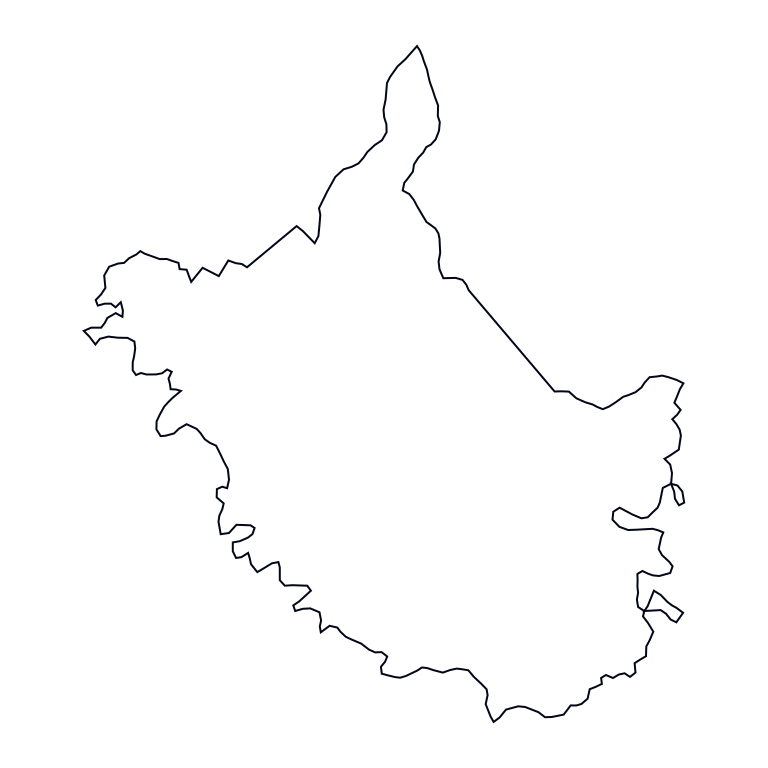 Cornélio Procópio, Paraná, Brazil (Mercator projection)
{"feature_id": "56859067B97278416412710", "entity_name": "Cornélio Procópio", "entity_type": "district", "adm_level": 2, "iso_a3": "BRA", "parent_name": "Brazil", "parent_adm1": "Paraná", "projection": "mercator", "projection_center": [-50.624, -23.195], "detail": "fine", "context": "isolated", "style": "outline", "palette": "ink", "viewbox_px": 768, "rotation_deg": 0, "n_neighbors": 0, "source": "geoboundaries", "source_scale": "gbopen_adm2", "svg_char_len": 4224}
<svg xmlns="http://www.w3.org/2000/svg" viewBox="0 0 768 768"><path d="M683.4,383.3L676.8,380.0L668.5,377.2L662.3,375.6L656.6,376.5L649.6,377.2L644.7,382.5L641.5,387.4L635.5,392.2L628.4,395.1L623.2,396.8L615.8,402.2L609.0,406.6L602.8,409.2L597.1,406.9L592.7,404.5L585.1,402.2L576.4,398.3L568.9,391.6L561.3,391.3L554.6,391.5L468.7,290.2L466.3,284.7L462.5,279.9L455.7,277.9L443.3,278.2L439.5,269.3L438.6,261.6L440.2,252.9L439.8,245.2L439.5,238.7L438.4,233.4L435.4,228.5L431.0,225.2L426.5,222.0L422.4,215.2L417.0,206.0L413.7,199.8L409.2,194.0L402.7,190.5L404.3,182.8L407.5,178.9L412.9,171.6L414.0,164.5L418.3,157.7L423.2,152.6L426.2,147.2L431.0,144.5L435.7,139.3L439.0,130.7L439.8,122.2L437.8,116.0L438.1,105.5L435.1,97.5L432.4,89.2L429.8,82.0L428.4,76.2L427.0,69.6L423.8,61.0L422.2,55.9L420.0,50.7L417.0,46.1L405.3,59.3L397.5,66.4L390.1,76.9L387.0,83.0L385.6,99.6L383.5,109.8L384.2,117.3L386.4,124.3L386.6,132.2L382.0,140.2L374.7,145.1L367.4,151.9L363.4,157.8L358.5,163.4L352.0,166.7L343.6,169.3L335.3,176.9L327.1,191.7L319.0,208.2L320.3,214.8L319.5,224.8L318.4,236.1L314.7,243.2L302.8,231.0L296.6,226.1L247.0,267.3L241.8,264.0L235.9,263.2L228.3,260.5L218.8,276.1L202.6,267.8L191.2,281.9L189.1,276.4L186.6,269.7L179.6,269.1L178.5,262.9L172.8,261.1L166.9,259.0L159.8,259.1L144.7,253.7L140.3,251.1L136.5,254.4L129.1,258.2L124.1,262.9L118.2,263.5L109.2,266.7L104.2,275.5L105.4,287.9L101.1,294.4L95.7,300.0L97.8,305.6L104.6,303.7L111.0,303.7L115.6,307.3L120.8,302.2L122.9,310.5L122.4,316.8L115.7,313.1L107.3,318.0L104.8,322.9L101.1,327.7L91.1,327.7L83.8,330.9L89.4,336.6L95.4,344.5L99.9,338.8L108.4,336.6L117.9,337.7L127.6,337.9L134.4,341.5L135.2,348.3L134.1,356.3L132.7,362.4L132.7,370.3L136.0,375.0L140.9,373.0L146.5,374.5L156.3,374.4L162.0,373.3L167.1,369.5L171.7,371.8L168.5,378.6L169.9,383.8L170.6,389.2L176.0,389.5L180.9,390.9L172.3,398.1L168.2,402.2L164.2,406.6L159.7,414.8L156.6,421.4L156.4,429.3L160.6,436.1L165.7,435.7L174.1,433.4L179.0,428.6L186.6,424.2L196.7,428.9L200.5,433.1L204.8,439.3L209.8,442.8L216.1,445.7L220.0,453.4L223.7,461.3L227.8,469.0L229.0,479.7L227.1,488.2L222.3,486.7L216.9,489.1L216.7,497.4L223.7,503.4L222.3,509.2L219.3,515.8L218.5,521.8L220.7,534.2L229.0,533.0L236.4,524.8L250.5,525.3L254.6,528.0L252.4,534.2L247.8,537.7L239.7,541.2L232.8,542.4L232.8,551.3L236.1,558.0L241.5,557.1L248.1,552.9L249.7,558.1L251.0,564.2L257.3,572.1L264.1,568.1L271.9,563.3L278.4,562.1L279.8,567.4L279.8,580.2L284.8,585.7L292.4,585.2L307.3,585.7L310.9,590.7L299.3,601.3L293.3,605.4L295.2,611.0L302.8,608.8L310.3,608.4L319.5,612.3L321.1,620.5L319.8,626.4L320.8,632.3L329.6,625.8L337.4,627.6L340.4,631.7L345.8,636.8L352.0,639.7L361.2,643.6L369.0,649.6L375.2,652.4L381.6,652.1L387.2,656.5L385.1,661.7L380.9,666.8L381.8,673.7L388.9,675.6L395.1,677.1L400.2,677.7L405.9,676.0L417.2,670.6L421.9,667.5L427.0,668.0L433.3,670.1L442.8,672.6L450.2,670.0L456.8,668.6L463.2,669.4L468.4,670.3L473.8,676.8L481.2,683.7L486.6,689.3L487.6,695.1L485.7,704.2L490.6,716.6L493.6,721.9L499.5,717.6L506.0,709.6L518.2,706.3L525.2,707.0L538.5,712.2L545.0,717.2L551.8,717.0L563.7,714.6L570.7,705.4L576.2,705.5L581.4,704.0L587.6,698.7L589.7,689.2L595.6,686.9L601.9,683.9L601.1,678.0L605.9,675.0L613.0,678.0L618.9,674.5L624.6,673.3L630.0,676.9L635.5,672.6L634.6,663.2L640.5,659.4L646.0,656.2L646.3,646.4L649.5,640.6L653.3,631.7L648.1,623.1L643.0,616.4L644.3,611.0L638.1,607.0L636.9,599.6L638.1,592.8L637.4,586.6L637.6,580.7L637.4,573.9L642.4,571.0L648.1,573.7L653.0,575.4L659.2,576.0L670.2,573.0L672.6,566.3L669.2,561.8L662.0,555.1L658.7,549.1L661.1,537.7L663.3,532.4L658.2,530.3L652.6,528.8L636.7,529.7L628.1,530.0L619.4,526.8L612.5,519.7L613.3,511.7L619.6,507.7L632.4,514.5L641.4,518.3L647.7,517.3L652.6,512.4L657.6,507.7L659.8,502.6L662.8,487.9L671.1,483.8L672.0,473.1L670.2,464.6L664.5,458.8L669.6,455.8L678.8,449.6L680.9,435.5L679.6,429.5L676.3,424.0L672.3,419.2L677.1,414.8L680.6,409.9L674.4,402.8L677.5,395.3L679.9,389.2L683.4,383.3ZM644.3,611.0L660.7,610.1L666.1,613.8L670.6,619.5L676.3,622.3L683.1,612.8L676.4,607.8L672.0,605.4L667.4,601.9L660.9,595.1L653.9,590.7L647.6,606.3L644.3,611.0ZM671.1,483.8L674.2,491.7L675.0,498.8L679.0,505.3L684.2,502.6L682.3,491.5L677.5,485.5L671.1,483.8Z" fill="none" stroke="#020617" stroke-width="2"/></svg>